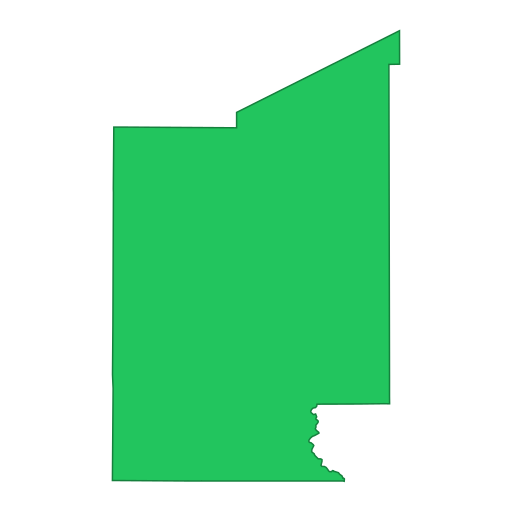 the district of Doña Ana, New Mexico, United States of America
{"feature_id": "52423323B79640001030180", "entity_name": "Doña Ana", "entity_type": "district", "adm_level": 2, "iso_a3": "USA", "parent_name": "United States of America", "parent_adm1": "New Mexico", "projection": "albers", "projection_center": [-106.656, 32.418], "detail": "fine", "context": "isolated", "style": "filled", "palette": "green", "viewbox_px": 512, "rotation_deg": 0, "n_neighbors": 0, "source": "geoboundaries", "source_scale": "gbopen_adm2", "svg_char_len": 1352}
<svg xmlns="http://www.w3.org/2000/svg" viewBox="0 0 512 512"><path d="M399.5,30.7L236.6,112.4L236.6,127.8L221.6,127.7L125.7,127.1L113.8,127.1L113.3,189.0L113.4,192.4L112.9,325.7L112.5,374.6L113.1,388.5L112.4,480.5L192.0,481.0L201.8,481.0L201.8,480.9L202.5,481.0L203.9,481.0L277.2,481.0L343.2,481.0L344.2,481.3L344.3,480.6L344.3,479.9L344.4,479.2L344.4,478.9L344.3,478.7L343.5,478.1L342.9,478.2L342.3,476.7L342.1,476.3L342.1,476.2L341.9,475.8L340.0,474.5L339.3,473.8L339.1,473.5L338.7,473.0L338.5,472.7L335.1,471.6L333.8,471.4L333.6,470.8L332.6,470.6L331.3,471.7L329.4,471.6L328.2,470.4L328.0,469.8L326.2,467.5L325.9,467.3L324.4,466.5L321.8,466.4L321.0,465.4L322.0,461.3L322.0,459.6L321.0,459.0L320.8,458.9L318.2,458.8L316.0,456.6L314.8,455.4L314.2,453.8L311.7,451.8L311.8,450.0L312.1,448.9L313.8,445.6L313.3,444.7L311.1,442.8L309.6,442.4L308.9,441.7L308.9,440.3L310.3,438.2L312.4,436.4L314.7,435.5L318.9,433.2L318.8,432.4L316.2,430.2L315.3,428.8L316.0,427.0L315.8,425.3L318.0,422.5L318.2,421.1L317.2,420.0L316.1,419.5L315.9,418.2L316.7,416.9L315.6,414.0L313.5,414.6L311.1,412.6L310.7,411.3L311.6,409.4L313.2,408.0L315.5,407.6L316.7,406.2L317.0,404.2L323.5,404.1L327.8,404.1L333.3,404.1L358.3,404.0L384.4,403.7L389.6,403.8L389.5,396.1L389.5,375.3L389.2,221.0L388.9,64.4L399.6,64.2L399.5,30.7Z" fill="#22c55e" stroke="#15803d" stroke-width="1.5"/></svg>